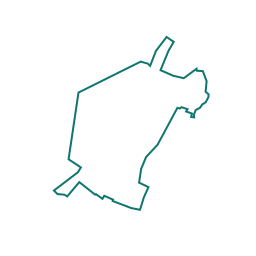 outline of Drogheda Urban Lea-6, Meath, Ireland, rotated 309°
{"feature_id": "5873133B90869984679235", "entity_name": "Drogheda Urban Lea-6", "entity_type": "district", "adm_level": 2, "iso_a3": "IRL", "parent_name": "Ireland", "parent_adm1": "Meath", "projection": "mercator", "projection_center": [-6.346, 53.714], "detail": "fine", "context": "isolated", "style": "outline", "palette": "teal", "viewbox_px": 256, "rotation_deg": 309, "n_neighbors": 0, "source": "geoboundaries", "source_scale": "gbopen_adm2", "svg_char_len": 803}
<svg xmlns="http://www.w3.org/2000/svg" viewBox="0 0 256 256"><g transform="rotate(309 128 128)"><path d="M32.8,109.8L32.3,114.8L36.3,120.8L36.5,123.8L55.3,124.2L55.5,144.4L56.4,144.7L56.9,152.7L60.4,152.2L62.9,161.5L61.6,162.0L62.2,163.8L67.8,180.9L72.0,188.8L84.3,183.9L94.9,181.1L92.5,171.0L104.4,164.0L116.8,160.3L133.6,161.5L174.8,153.7L175.7,156.0L177.8,156.4L180.1,162.4L177.4,162.8L179.5,168.6L176.3,170.1L177.9,172.7L179.7,170.9L184.5,169.3L188.8,171.2L193.0,170.9L196.9,172.2L202.8,171.0L204.9,169.4L205.0,165.5L213.8,159.7L219.3,150.4L215.9,145.5L217.2,144.0L201.8,140.0L197.0,130.1L193.4,116.9L213.5,110.9L223.7,109.3L223.0,100.7L205.5,101.2L190.2,106.1L190.5,102.9L187.6,96.1L124.4,67.2L66.3,101.5L67.7,116.2L62.0,116.9L32.8,109.8Z" fill="none" stroke="#0f766e" stroke-width="2"/></g></svg>